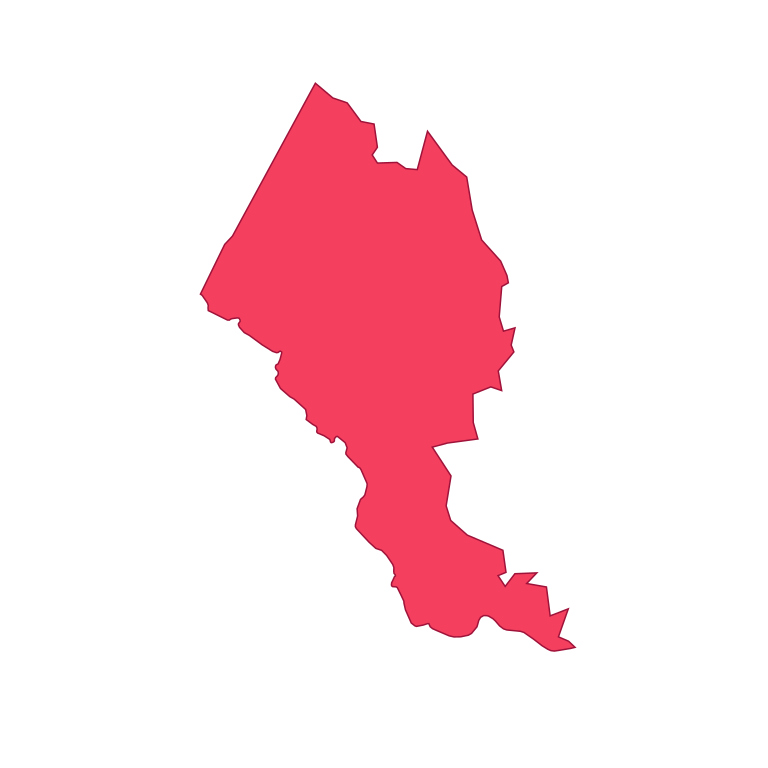 the district of Jasper, South Carolina, United States of America, rotated 343°
{"feature_id": "52423323B27439582532785", "entity_name": "Jasper", "entity_type": "district", "adm_level": 2, "iso_a3": "USA", "parent_name": "United States of America", "parent_adm1": "South Carolina", "projection": "equal_earth", "projection_center": [-81.085, 32.394], "detail": "fine", "context": "isolated", "style": "filled", "palette": "rose", "viewbox_px": 768, "rotation_deg": 343, "n_neighbors": 0, "source": "geoboundaries", "source_scale": "gbopen_adm2", "svg_char_len": 2677}
<svg xmlns="http://www.w3.org/2000/svg" viewBox="0 0 768 768"><g transform="rotate(343 384 384)"><path d="M234.7,244.4L236.0,246.0L238.6,254.1L238.8,254.9L238.9,257.5L238.0,259.7L237.4,262.4L253.0,277.1L254.9,277.7L256.2,277.1L258.0,277.1L263.1,277.9L264.7,278.8L265.1,280.9L264.6,282.2L263.4,283.0L262.3,284.0L262.1,285.1L262.4,287.6L265.4,294.0L269.3,298.0L279.0,311.0L287.0,320.2L290.3,322.6L291.9,322.9L293.9,322.2L294.6,322.4L295.5,323.5L295.2,324.5L291.7,330.2L288.6,333.8L286.4,334.2L285.5,335.2L285.0,336.5L285.0,338.0L285.6,339.4L286.3,340.7L286.3,341.6L286.0,343.0L285.3,344.3L284.1,345.2L282.3,346.2L281.6,347.6L283.7,358.0L290.2,368.5L293.6,372.1L299.2,381.4L301.6,385.5L301.0,391.6L299.2,395.2L299.7,395.9L304.1,401.9L306.7,404.6L307.1,406.2L306.7,407.9L305.9,409.4L305.7,410.3L306.2,411.5L311.6,416.0L315.9,421.1L316.0,422.2L315.9,423.6L316.1,424.3L316.3,424.6L316.6,424.7L317.0,424.8L317.8,424.8L318.8,424.7L319.8,424.1L320.1,423.3L320.7,421.7L323.0,420.3L324.0,420.4L325.0,421.7L329.7,428.7L330.1,434.2L327.5,438.4L327.1,439.9L328.3,443.0L335.0,456.1L335.9,456.6L336.6,457.8L337.0,459.4L338.6,473.0L338.7,474.6L337.6,477.3L333.3,484.4L331.5,485.8L327.8,487.5L321.8,495.4L320.2,502.5L315.5,510.3L314.9,512.1L315.3,514.2L316.9,517.5L321.4,526.7L323.6,531.2L327.7,538.1L328.1,538.8L333.1,542.4L336.4,548.7L339.6,559.1L339.8,562.4L338.6,565.9L338.2,568.1L338.9,569.4L338.8,570.9L337.7,571.3L335.6,573.7L333.2,576.3L332.4,578.2L332.3,579.3L333.0,580.3L336.4,581.6L337.2,582.6L338.2,588.7L338.4,589.8L339.5,597.5L339.0,599.5L338.5,606.2L340.2,620.5L342.8,624.3L344.2,625.3L351.1,626.0L355.6,625.9L356.8,626.3L357.2,629.6L358.9,632.2L359.4,632.6L362.0,634.9L372.7,643.9L376.9,646.3L383.5,648.2L391.2,648.9L394.8,648.1L401.9,643.4L402.9,641.9L405.5,637.8L408.1,635.4L411.5,634.6L414.4,635.5L416.0,636.4L419.5,640.2L421.2,643.1L423.8,649.1L426.7,653.1L429.5,655.1L442.0,660.3L445.2,662.5L452.5,671.8L458.7,680.6L463.1,685.6L465.7,687.8L468.9,689.2L473.5,689.9L484.9,691.4L489.7,691.7L485.3,683.9L476.9,676.8L494.5,652.9L475.1,654.3L480.0,625.6L462.1,616.5L474.9,609.3L453.7,603.7L440.7,613.0L437.0,600.6L445.6,599.8L449.1,577.8L419.5,552.9L407.9,534.0L407.8,518.7L421.2,491.5L411.7,458.5L427.3,459.0L457.7,464.0L458.1,446.9L466.1,419.6L485.3,418.0L494.6,424.7L497.1,404.9L517.6,391.3L517.0,384.0L525.7,368.6L513.7,368.4L513.8,353.5L525.1,325.2L532.5,323.6L533.3,316.2L531.5,300.6L519.5,274.8L519.2,243.5L523.6,210.3L513.2,194.5L499.5,155.0L478.5,188.7L467.8,184.4L461.2,175.9L442.3,170.8L439.7,161.5L446.9,155.7L450.5,132.5L438.7,126.2L431.0,104.4L418.7,95.5L406.3,76.3L282.4,198.2L272.5,203.9L234.7,244.4Z" fill="#f43f5e" stroke="#9f1239" stroke-width="1.5"/></g></svg>